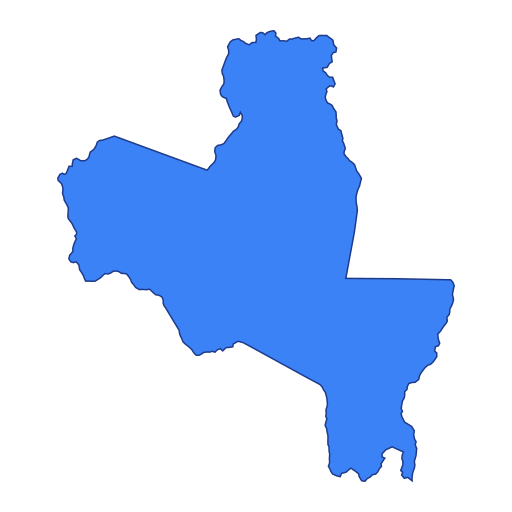 the district of Jaguariaíva, Paraná, Brazil
{"feature_id": "56859067B17690798383778", "entity_name": "Jaguariaíva", "entity_type": "district", "adm_level": 2, "iso_a3": "BRA", "parent_name": "Brazil", "parent_adm1": "Paraná", "projection": "orthographic", "projection_center": [-49.698, -24.34], "detail": "fine", "context": "isolated", "style": "filled", "palette": "blue", "viewbox_px": 512, "rotation_deg": 0, "n_neighbors": 0, "source": "geoboundaries", "source_scale": "gbopen_adm2", "svg_char_len": 4791}
<svg xmlns="http://www.w3.org/2000/svg" viewBox="0 0 512 512"><path d="M57.8,178.1L58.1,180.4L61.4,183.5L62.9,187.7L62.8,190.9L62.5,193.3L63.9,197.4L64.2,200.1L66.5,204.1L68.3,207.9L68.1,213.0L67.8,216.2L68.2,218.5L72.0,223.5L74.4,228.5L76.6,232.1L76.5,234.5L74.8,235.9L76.4,238.9L74.8,241.9L73.6,245.2L72.8,248.4L72.9,251.5L69.7,255.2L68.8,258.8L70.9,261.9L73.3,262.6L76.2,261.8L79.0,265.2L79.6,269.6L81.5,272.4L83.5,275.8L84.6,279.0L85.6,281.1L88.8,281.1L92.1,281.3L95.3,281.1L97.9,279.4L100.4,277.9L102.5,275.8L104.9,273.6L108.1,274.0L110.7,273.0L113.4,271.2L116.4,271.0L119.2,271.8L121.3,273.3L124.0,273.5L126.6,273.9L129.3,277.4L130.8,279.9L131.5,282.2L133.4,284.4L135.8,287.6L139.4,289.6L142.6,289.4L146.3,289.7L149.6,289.2L153.4,292.8L155.8,294.8L158.8,295.2L161.9,296.9L163.2,299.9L163.2,303.2L164.0,305.6L165.3,307.4L179.2,330.4L179.5,333.4L180.3,335.8L181.6,338.3L183.1,341.9L185.0,343.8L187.1,345.4L189.6,347.5L191.9,349.7L193.8,352.8L196.1,355.2L199.2,355.2L201.5,354.0L203.6,352.5L206.6,352.0L209.6,352.1L212.5,351.3L214.9,352.2L217.2,349.9L220.3,348.7L222.7,350.9L226.1,347.6L229.2,347.4L232.8,346.8L233.2,344.0L235.3,342.9L237.8,341.3L243.1,342.6L251.8,347.3L300.1,373.8L308.2,378.2L317.5,383.2L319.9,384.5L322.0,386.6L323.4,389.5L325.5,392.7L326.8,397.9L327.2,401.6L327.4,404.4L326.9,407.1L326.0,409.6L326.2,413.6L325.8,416.5L326.9,418.8L326.0,421.7L325.1,425.3L326.6,428.6L326.9,430.9L328.0,436.0L327.9,441.5L328.0,444.7L329.0,446.9L329.1,451.3L329.7,454.2L329.4,458.3L329.6,462.8L328.4,466.3L330.0,469.1L330.8,471.3L332.6,474.0L336.6,475.8L340.2,476.7L341.6,473.2L344.0,472.8L346.2,472.1L348.6,469.8L351.0,468.2L353.5,469.9L356.5,472.1L358.6,473.8L359.2,476.7L361.6,480.7L364.9,481.3L367.2,478.6L370.2,477.0L372.5,474.7L375.7,474.1L377.7,471.9L379.4,468.7L381.5,466.4L381.0,463.9L384.8,458.1L382.1,456.9L382.1,453.8L386.1,449.5L388.7,448.5L392.1,446.8L403.4,452.0L402.1,455.6L401.9,458.7L402.8,461.2L402.9,464.7L400.7,470.5L402.7,472.2L401.6,475.0L404.3,478.3L407.8,477.4L409.7,478.9L412.1,480.8L412.0,478.1L412.3,475.3L412.8,472.4L414.4,468.0L414.9,464.9L414.3,461.6L416.0,455.6L416.4,451.5L416.7,448.5L415.2,444.7L416.1,441.8L414.6,439.2L413.7,435.0L414.3,430.7L411.5,426.3L407.6,424.0L404.5,422.0L402.1,417.2L401.0,413.4L402.5,411.6L401.2,408.5L401.7,404.9L402.6,400.6L404.0,398.5L404.7,395.3L404.7,391.7L407.0,389.4L407.3,386.6L408.8,383.5L412.1,382.5L415.1,382.3L418.7,379.5L419.5,375.9L420.9,373.1L422.8,370.5L425.1,367.5L428.2,365.0L430.4,364.4L432.9,362.2L435.0,359.4L436.8,356.6L436.7,352.8L434.7,351.3L435.3,346.8L438.4,345.8L439.7,343.3L438.4,339.4L437.7,334.3L440.6,331.0L443.0,327.3L444.5,325.2L446.1,323.3L447.3,321.1L446.9,317.3L449.2,314.5L449.8,311.8L449.8,309.1L451.3,306.4L452.5,303.5L453.5,300.0L453.2,297.4L452.4,294.8L453.2,290.2L454.2,285.7L452.9,282.3L450.7,279.8L394.6,278.7L392.2,278.7L345.8,278.4L354.4,232.0L357.4,210.2L356.8,205.5L356.1,202.0L356.1,196.3L357.0,192.5L358.0,189.3L359.5,186.1L361.4,178.3L358.8,173.8L356.7,171.0L354.6,164.8L352.8,162.9L349.6,160.6L347.9,158.5L346.2,156.9L344.0,153.7L344.2,151.3L345.3,148.5L343.9,143.9L342.4,140.7L342.9,138.3L341.8,134.4L340.8,130.5L338.5,129.3L336.3,124.7L337.0,120.8L336.3,118.1L336.0,112.0L333.2,107.8L332.1,105.4L329.8,103.9L327.5,102.9L325.9,99.9L325.2,97.0L326.0,94.0L326.9,91.7L326.2,88.8L330.0,85.7L333.5,86.9L335.1,83.8L332.6,77.2L329.5,77.2L327.4,75.5L325.6,72.7L323.3,71.1L322.6,68.0L327.1,67.4L329.5,63.4L332.2,61.8L331.7,58.6L331.3,55.5L333.3,52.6L335.9,52.0L336.6,48.0L333.7,44.7L333.0,40.4L331.3,38.8L329.4,37.6L326.6,35.4L323.9,35.6L321.7,35.4L318.9,35.6L316.2,38.0L313.9,40.7L311.5,40.6L310.0,38.1L306.5,38.8L300.9,38.9L298.8,37.3L296.5,37.7L294.0,38.4L291.8,39.1L289.5,39.0L286.8,41.2L283.6,40.8L279.8,40.8L278.7,38.5L275.5,36.0L275.9,33.1L273.9,30.7L269.9,31.4L266.9,32.7L265.1,34.6L263.0,32.9L260.6,32.4L258.4,33.7L256.0,35.4L256.4,39.4L255.9,42.3L252.0,42.6L249.2,44.8L245.6,43.4L243.6,41.6L241.3,40.7L238.7,38.7L232.8,39.9L230.1,42.0L227.6,46.8L228.7,50.7L228.6,53.9L226.3,58.1L223.6,65.5L221.9,70.1L222.3,73.6L223.6,76.4L224.1,80.5L223.9,83.7L221.7,87.0L220.0,90.2L220.6,94.3L222.1,96.5L224.1,97.6L226.4,98.5L227.2,101.5L229.4,107.2L231.4,111.5L233.3,116.0L235.3,117.1L239.3,115.4L240.3,112.3L242.3,115.5L242.0,119.7L240.9,121.9L239.3,123.6L238.1,127.1L236.4,129.3L233.4,131.2L231.6,133.5L229.0,136.4L226.0,140.7L224.0,143.5L221.2,144.8L217.7,145.4L215.2,147.7L214.7,151.4L216.0,155.5L215.7,159.3L214.4,162.1L212.5,164.0L210.3,166.1L207.2,170.2L114.3,136.1L102.5,140.2L99.4,140.5L97.2,142.3L96.2,145.5L94.2,148.9L92.1,150.8L90.2,152.1L88.9,157.0L87.5,159.0L85.0,160.7L80.5,160.7L78.7,159.4L76.5,158.3L73.2,159.8L72.3,164.0L72.2,166.4L69.1,166.2L67.6,170.1L66.3,173.2L64.3,174.4L62.4,173.2L59.9,174.4L57.8,178.1Z" fill="#3b82f6" stroke="#1e3a8a" stroke-width="1.5"/></svg>